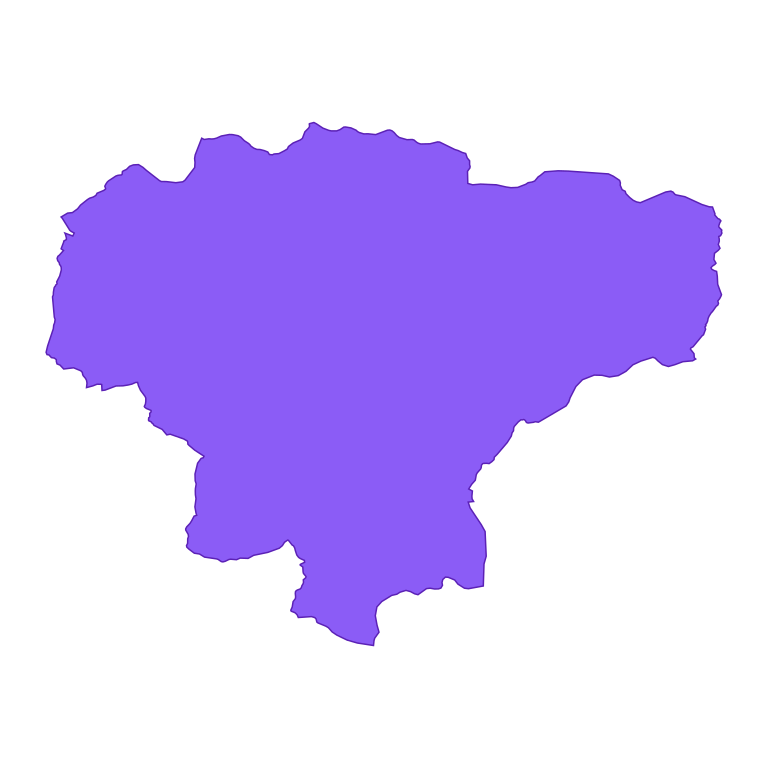 the district of Barsana, Maramures, Romania
{"feature_id": "2599482B92595055897081", "entity_name": "Barsana", "entity_type": "district", "adm_level": 2, "iso_a3": "ROU", "parent_name": "Romania", "parent_adm1": "Maramures", "projection": "equal_earth", "projection_center": [24.064, 47.813], "detail": "fine", "context": "isolated", "style": "filled", "palette": "violet", "viewbox_px": 768, "rotation_deg": 0, "n_neighbors": 0, "source": "geoboundaries", "source_scale": "gbopen_adm2", "svg_char_len": 6063}
<svg xmlns="http://www.w3.org/2000/svg" viewBox="0 0 768 768"><path d="M695.7,359.0L694.3,357.8L694.0,353.7L690.4,349.1L690.8,348.0L693.1,346.7L702.2,335.7L703.5,334.8L705.6,329.2L704.9,327.0L706.0,325.7L705.6,324.4L706.4,323.8L707.6,321.2L708.1,318.4L709.1,316.1L711.0,313.1L712.5,311.5L716.2,306.3L717.8,305.1L718.5,303.4L717.8,301.0L719.7,298.6L720.9,296.3L721.5,294.7L717.7,284.3L717.3,276.3L716.6,271.4L714.0,270.5L711.6,269.1L711.0,267.7L712.4,266.1L714.8,264.5L716.0,263.2L713.9,259.5L714.5,253.3L718.3,250.3L720.0,248.3L718.3,244.5L719.3,241.2L719.2,238.7L718.7,236.7L718.8,236.4L720.1,236.0L720.7,235.5L721.9,233.1L721.5,231.3L721.8,230.1L719.1,227.3L718.7,226.1L719.8,222.8L720.9,220.9L719.5,219.2L717.9,218.6L714.7,214.9L715.0,213.9L712.5,207.0L709.2,206.8L701.9,204.5L684.9,196.7L676.1,194.9L675.1,194.5L672.8,191.9L671.0,191.4L670.9,191.1L665.7,192.0L640.3,202.7L636.5,201.9L633.2,200.3L629.7,197.5L625.9,193.6L625.2,191.3L622.1,189.7L620.2,185.2L620.4,182.9L619.6,180.4L613.3,176.2L608.4,173.9L568.3,171.1L558.1,170.8L544.8,171.8L540.1,175.6L538.2,176.8L534.7,181.0L532.1,182.0L528.1,182.7L525.7,184.3L517.7,187.4L511.0,187.7L506.2,187.0L496.4,184.8L480.5,184.1L472.6,184.8L467.8,183.4L467.5,171.3L469.9,168.0L470.1,166.4L469.6,164.6L469.6,160.8L467.2,157.9L465.7,153.5L462.3,152.5L458.3,150.6L454.8,149.5L439.7,142.1L437.6,141.9L429.9,143.8L420.8,144.0L418.5,143.3L416.7,142.3L414.0,140.0L412.2,139.5L407.0,139.7L399.3,137.5L396.7,135.5L394.1,132.5L392.0,130.8L389.8,130.0L387.4,130.2L375.7,134.6L368.1,133.8L363.8,133.9L359.2,132.5L357.6,131.6L356.1,130.2L351.0,127.9L345.6,127.0L343.8,127.1L340.1,129.6L336.7,130.9L331.2,130.9L328.6,130.3L322.9,128.1L316.4,123.8L313.9,122.5L309.4,123.7L309.3,124.7L309.6,126.2L308.7,128.0L304.9,131.8L302.4,138.4L300.2,140.0L293.1,143.0L288.5,146.5L287.3,149.0L284.5,150.7L278.9,153.6L274.0,154.0L272.4,154.8L269.4,154.5L267.8,152.0L264.3,150.6L260.0,149.5L256.9,149.4L253.7,148.1L250.8,146.0L249.9,144.7L248.6,143.5L244.3,140.7L240.7,137.1L238.1,135.7L232.5,134.6L229.3,134.5L221.3,136.0L216.6,138.1L214.0,138.8L211.8,139.0L208.9,138.8L204.8,139.4L204.0,139.4L201.7,138.2L195.2,154.9L194.6,158.5L195.0,162.4L194.7,167.5L185.0,180.2L182.8,181.8L175.8,182.7L166.4,181.6L161.1,181.5L159.2,180.4L146.4,170.4L143.0,167.4L138.5,164.6L133.3,164.9L129.6,166.3L126.5,169.4L123.1,171.0L122.4,171.6L122.1,174.4L121.5,174.9L118.0,175.3L115.9,176.0L108.6,180.8L107.3,182.0L105.8,184.2L104.8,186.2L105.6,188.4L105.5,189.1L103.8,190.4L97.1,193.2L95.9,195.4L93.3,197.0L89.6,198.2L87.4,199.6L80.5,205.1L77.6,208.8L72.4,212.6L67.6,213.1L61.1,217.0L62.3,218.3L69.8,230.3L71.3,231.5L74.2,233.0L72.8,236.0L64.9,233.1L65.4,234.2L66.3,237.6L66.4,239.5L63.7,241.1L63.8,241.7L61.1,248.8L63.5,250.5L59.4,255.1L57.9,256.3L57.1,258.3L57.7,260.7L59.2,262.6L59.5,264.3L60.7,266.0L61.2,267.4L61.3,270.0L59.7,276.0L56.7,281.9L57.1,283.8L55.6,285.2L55.4,286.1L54.6,286.9L54.1,287.9L53.4,292.2L53.3,295.0L52.5,296.8L54.3,317.1L55.1,319.5L54.6,322.8L53.7,325.1L53.3,328.8L47.6,346.0L46.1,352.3L47.0,354.6L48.9,354.9L51.4,357.6L54.4,358.1L56.3,359.6L56.3,361.3L57.0,363.9L60.0,365.1L63.7,369.0L73.6,367.8L80.8,370.8L82.3,372.4L82.7,374.6L83.2,375.7L85.5,378.4L86.5,380.3L87.0,383.1L86.5,387.6L92.8,385.9L97.1,384.2L101.0,384.3L101.7,384.5L102.0,390.5L105.1,390.1L116.0,386.0L123.1,385.8L128.1,385.0L131.9,384.1L135.5,382.5L137.6,382.4L138.4,385.6L140.5,390.3L145.1,396.5L145.8,398.1L145.8,401.3L145.4,404.1L144.3,406.4L144.7,407.2L146.4,408.5L151.0,410.4L151.2,411.0L150.8,412.3L149.7,413.3L149.8,416.3L149.5,417.2L148.7,417.8L148.5,420.1L148.7,420.7L151.2,421.9L152.1,423.2L153.0,423.8L154.0,425.4L162.2,429.4L166.8,434.9L170.2,434.2L183.6,438.9L187.3,441.0L187.7,441.9L187.9,444.2L189.3,445.6L194.9,450.3L204.0,456.2L203.3,457.7L201.1,458.4L197.6,463.2L195.0,474.0L195.2,480.8L196.2,483.9L195.4,488.6L195.3,491.0L195.4,494.8L196.0,498.7L194.9,506.9L196.0,513.0L196.7,515.3L194.1,516.1L191.7,520.7L190.0,523.4L186.7,526.9L185.7,528.8L185.7,530.0L188.2,534.4L188.5,536.5L187.7,538.8L187.6,543.4L186.5,545.6L186.8,547.1L189.0,549.2L194.3,553.2L199.5,554.0L204.5,557.1L216.6,558.9L218.1,559.4L221.3,561.6L222.9,561.9L225.2,561.3L228.9,559.5L230.6,559.2L236.5,559.7L240.2,558.1L248.1,558.4L253.7,555.3L267.8,552.4L279.3,548.2L282.4,545.6L284.5,542.3L287.6,540.1L288.4,540.3L292.2,545.1L293.5,545.8L294.7,548.0L295.4,550.8L296.8,555.0L298.6,557.4L300.4,558.6L304.4,560.4L304.6,562.3L300.8,564.1L300.2,564.5L300.2,565.1L302.8,567.0L303.1,572.0L303.5,573.5L306.0,576.5L305.8,577.7L303.3,579.8L303.5,582.3L303.1,583.7L301.9,585.7L301.3,587.7L300.1,589.0L297.6,589.9L296.3,590.6L295.5,591.6L295.3,593.4L295.6,596.9L295.4,598.6L293.1,601.6L292.2,607.1L290.8,610.2L291.2,611.2L294.8,612.6L295.9,613.5L297.2,614.9L298.3,617.5L311.5,616.6L314.8,617.6L316.1,619.0L316.8,622.0L317.9,622.9L325.9,626.2L328.4,627.7L332.2,632.0L337.0,635.2L347.2,640.1L357.3,643.0L373.5,645.5L374.0,640.7L374.7,638.2L379.0,632.2L377.0,625.0L375.3,615.7L376.9,606.9L381.8,601.5L391.7,595.4L396.9,594.2L400.0,592.2L406.0,590.4L410.5,591.6L414.6,593.8L418.0,594.7L426.5,588.6L430.1,588.2L434.6,589.0L438.4,588.9L440.9,588.1L442.5,585.3L442.0,582.5L442.8,579.5L445.4,577.1L448.2,577.3L454.7,580.0L457.9,584.1L464.4,588.2L468.5,588.7L483.3,586.0L484.0,564.0L486.2,556.2L485.1,531.5L481.3,524.7L470.1,507.9L468.2,502.1L473.6,501.5L472.1,498.9L471.9,496.2L472.4,491.0L468.7,489.0L471.6,484.4L475.3,480.2L476.3,474.6L477.3,472.8L480.7,468.9L481.2,467.6L481.5,465.1L482.6,463.7L483.5,463.4L486.8,463.3L489.1,463.6L491.8,461.7L494.0,459.6L494.3,457.2L497.2,454.3L507.2,442.6L511.3,436.1L512.1,432.8L513.5,430.8L513.7,427.8L514.4,426.3L518.3,421.9L520.9,419.8L522.4,419.9L523.6,419.5L524.5,419.8L525.6,420.9L526.0,421.9L526.9,422.7L528.1,423.0L533.6,422.3L535.2,421.7L538.4,422.2L566.1,405.9L568.8,401.8L570.1,397.8L575.9,386.5L582.5,379.7L594.2,375.1L602.0,375.3L609.4,377.0L618.3,375.6L626.0,371.3L632.9,364.8L640.9,361.1L652.9,357.3L655.2,358.2L657.9,360.9L662.4,364.6L668.4,366.5L674.8,364.7L682.9,361.7L692.6,360.8L695.7,359.0Z" fill="#8b5cf6" stroke="#5b21b6" stroke-width="1.5"/></svg>